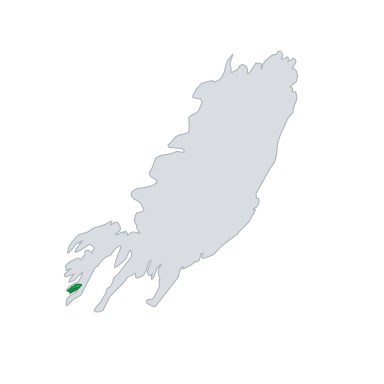 Tálknafjarðarhreppur, Vestfirðir, Iceland shown in context, rotated 310°
{"feature_id": "244011B74336956547693", "entity_name": "Tálknafjarðarhreppur", "entity_type": "district", "adm_level": 2, "iso_a3": "ISL", "parent_name": "Iceland", "parent_adm1": "Vestfirðir", "projection": "robinson", "projection_center": [-23.889, 65.645], "detail": "fine", "context": "in_parent", "style": "filled", "palette": "green", "viewbox_px": 384, "rotation_deg": 310, "n_neighbors": 0, "source": "geoboundaries", "source_scale": "gbopen_adm2", "svg_char_len": 6039}
<svg xmlns="http://www.w3.org/2000/svg" viewBox="0 0 384 384"><g transform="rotate(310 192 192)"><path d="M295.7,140.8L299.2,140.9L304.8,139.6L312.8,135.6L316.2,134.7L324.0,134.7L314.7,138.6L311.5,142.8L309.0,144.8L309.1,145.7L316.0,148.3L319.2,147.4L320.7,147.8L322.1,149.0L323.1,151.3L322.7,153.8L321.0,156.3L318.5,158.4L318.9,159.0L321.0,159.4L332.1,158.1L333.6,161.2L334.7,162.2L334.5,163.2L330.3,166.5L335.4,164.4L339.5,163.8L346.6,164.9L349.6,166.1L351.5,168.2L355.0,167.5L356.7,168.7L356.8,170.0L355.5,173.4L351.5,175.2L354.2,177.7L356.4,177.7L356.8,178.3L356.7,179.8L353.6,181.6L359.1,183.5L359.8,184.2L359.7,186.5L358.9,187.7L357.3,188.5L353.5,188.6L351.2,189.4L352.1,190.9L351.6,194.8L348.8,198.1L346.1,199.8L343.4,200.9L335.6,199.6L336.1,202.4L333.4,204.2L334.1,205.6L335.1,206.3L334.7,208.2L331.5,212.0L329.0,213.2L324.1,214.7L317.2,218.2L309.9,218.1L292.3,223.1L285.4,225.8L273.2,233.8L268.0,235.9L258.9,236.9L231.6,242.2L228.7,245.4L228.6,246.0L229.8,247.3L227.9,249.5L223.8,251.1L221.8,251.1L218.3,249.8L217.9,250.4L219.4,252.1L206.0,254.8L187.3,253.4L170.6,249.5L157.5,248.7L148.1,243.3L147.8,242.4L148.8,240.7L152.1,240.1L150.5,238.4L144.9,241.3L143.1,241.2L140.7,240.0L140.6,238.9L136.0,238.5L127.9,235.0L127.2,234.2L129.1,233.1L128.8,232.8L124.4,233.0L118.2,236.2L80.7,237.5L79.4,235.8L77.8,229.6L79.0,226.9L80.6,227.2L85.0,230.7L95.0,228.8L99.1,227.4L102.8,224.0L105.0,222.9L107.9,218.6L111.0,216.0L117.3,214.7L111.6,214.0L102.2,217.4L99.1,217.4L100.5,215.9L103.7,214.2L101.5,214.1L100.6,213.3L100.5,211.7L102.1,209.1L113.2,204.5L110.6,203.7L102.9,207.2L97.3,208.4L92.7,206.8L90.5,204.6L90.6,203.7L93.3,200.9L92.8,200.4L91.0,200.1L86.0,197.6L78.2,197.8L58.8,196.4L44.3,199.9L40.8,198.3L37.9,194.8L38.5,193.4L41.0,192.6L48.2,192.7L58.6,191.1L63.4,189.1L65.3,189.6L66.2,190.5L72.6,189.0L76.0,187.3L81.8,188.1L103.6,187.2L106.4,185.0L107.5,182.3L106.9,181.7L99.0,184.2L97.2,184.2L87.9,182.9L84.5,181.4L85.6,180.2L90.5,177.7L102.9,173.4L104.6,172.5L104.8,171.5L99.8,169.7L90.5,170.2L88.0,168.1L80.2,166.8L75.1,167.6L72.3,166.3L41.8,173.1L31.9,170.0L24.8,169.4L24.2,168.5L28.3,165.5L31.1,164.9L34.0,165.2L39.4,167.3L43.1,167.9L38.4,164.9L38.2,161.9L36.7,161.2L35.3,159.2L35.9,158.6L41.5,159.0L50.5,162.4L54.9,161.8L60.6,159.6L47.8,158.4L43.8,155.7L46.6,154.3L53.2,154.5L45.9,149.9L45.5,149.1L46.7,147.0L56.0,148.8L51.1,146.1L51.0,145.5L52.4,145.0L53.1,143.3L55.4,142.6L60.0,143.2L67.3,146.4L68.3,147.3L68.6,150.5L71.5,150.0L74.8,150.4L77.6,148.2L79.6,148.7L81.1,150.7L81.0,155.0L82.9,153.5L86.3,153.4L86.7,149.8L86.1,147.0L75.0,143.8L70.7,141.4L71.2,140.6L73.3,139.9L84.8,139.3L79.9,137.9L78.6,136.5L70.0,137.0L65.6,136.4L65.5,135.7L67.2,134.6L72.4,132.4L82.4,132.2L86.5,132.8L94.3,137.7L100.5,139.6L111.0,146.2L117.7,148.8L118.0,149.4L117.0,150.2L114.4,151.0L118.4,152.2L120.8,153.9L121.0,154.6L118.9,159.9L116.5,161.6L110.3,160.6L111.8,162.3L116.2,164.1L117.2,165.1L116.6,166.1L118.7,165.8L119.4,166.4L118.5,169.4L117.4,170.5L121.1,171.1L123.6,172.6L126.9,178.6L128.4,174.0L129.2,172.3L130.7,171.6L132.4,166.9L136.5,164.1L140.3,163.0L144.4,166.3L147.2,166.7L150.1,160.8L150.3,156.5L149.3,151.8L149.7,148.5L151.6,146.4L154.2,145.8L159.7,147.8L164.5,152.5L171.6,157.6L176.5,158.9L177.3,158.7L178.1,157.1L177.2,150.4L179.3,146.8L185.0,145.9L193.5,142.6L195.4,142.5L199.8,144.4L207.7,151.2L213.3,154.3L216.4,159.3L217.7,160.2L218.8,158.7L218.8,156.4L211.7,146.1L211.6,144.7L212.2,143.6L224.1,144.1L226.8,145.3L235.3,151.2L239.2,148.8L246.9,141.8L249.6,142.0L256.6,144.8L259.3,144.6L267.2,142.0L268.7,138.8L264.9,132.2L266.2,130.8L273.5,129.2L281.5,129.5L290.2,135.6L290.7,138.5L295.7,140.8Z" fill="#d9dde1" stroke="#a8b0b8" stroke-width="1"/><path d="M36.3,163.6L36.6,163.7L36.6,163.8L36.8,163.9L36.8,164.0L37.0,164.0L37.3,164.1L37.6,164.1L37.8,164.2L38.4,164.3L38.5,164.3L38.9,164.4L39.0,164.5L39.3,164.6L39.7,164.7L40.1,164.8L40.3,164.8L40.6,164.9L40.7,165.0L40.9,165.1L41.0,165.1L41.3,165.2L41.7,165.3L41.9,165.5L42.0,165.6L43.3,166.3L44.1,166.7L44.8,166.8L45.6,166.8L45.8,166.9L46.0,166.9L46.4,167.0L46.8,167.0L47.0,166.9L47.3,166.9L48.0,167.0L48.4,167.0L48.7,167.1L49.3,167.1L49.6,167.1L49.9,167.2L49.9,167.3L49.9,167.2L49.8,166.8L49.7,166.7L49.6,166.4L49.5,166.2L49.4,166.0L49.3,165.9L49.2,165.8L49.2,165.7L48.9,165.4L48.8,165.2L48.7,165.1L48.4,164.8L48.3,164.6L48.3,164.3L48.2,164.2L47.8,163.9L47.7,163.8L47.5,163.7L47.3,163.5L47.2,163.5L47.1,163.4L46.9,163.4L46.8,163.2L46.7,163.2L46.7,162.9L46.4,162.7L46.1,162.6L45.9,162.5L45.6,162.4L45.4,162.4L45.2,162.4L45.0,162.0L44.9,162.0L44.7,162.0L44.4,162.0L44.1,162.0L43.7,162.1L43.4,162.0L42.8,161.5L42.7,161.4L42.3,161.2L42.1,161.2L41.9,161.1L41.7,161.0L41.6,160.9L41.3,160.9L41.1,161.0L40.9,161.2L40.8,161.3L40.5,161.3L40.3,161.3L40.0,161.2L39.9,161.2L39.6,161.0L39.4,160.9L39.2,160.7L38.9,160.5L38.5,160.4L38.4,160.4L38.1,160.4L37.8,160.3L37.6,160.3L37.4,160.2L36.9,160.4L36.7,160.5L36.4,160.6L36.2,160.7L36.3,160.7L36.3,160.8L36.4,161.0L36.5,161.0L36.6,161.3L36.7,161.5L36.8,161.5L37.0,161.7L37.0,161.8L37.3,161.9L37.3,162.0L37.5,162.0L37.8,162.2L37.8,162.3L38.0,162.3L38.3,162.4L38.4,162.5L38.6,162.6L38.8,162.6L39.0,162.7L39.3,162.7L39.5,162.7L39.7,162.8L39.8,162.8L40.0,162.8L40.3,163.0L40.5,163.0L40.8,163.2L41.0,163.2L41.3,163.2L41.4,163.3L41.5,163.3L41.8,163.6L42.0,163.7L42.2,163.8L42.3,163.8L42.5,163.9L42.7,164.0L42.9,164.1L43.0,164.1L43.1,164.3L43.2,164.5L43.3,164.7L43.4,164.4L43.5,164.4L43.6,164.5L43.9,164.5L44.0,164.5L44.3,164.5L44.5,164.6L44.6,164.8L44.8,164.9L44.7,164.9L44.7,165.0L44.8,165.0L45.0,165.1L45.2,165.3L45.4,165.3L45.5,165.4L45.5,165.5L45.4,165.7L45.1,165.6L44.9,165.5L44.7,165.4L44.4,165.2L44.2,165.1L44.0,164.9L43.9,164.9L43.7,164.9L43.3,164.8L43.1,164.8L42.9,164.8L42.8,164.7L42.7,164.7L42.4,164.6L42.2,164.5L41.9,164.5L41.7,164.4L41.4,164.3L41.3,164.2L41.2,164.2L40.9,164.1L40.9,163.9L40.6,163.9L40.3,163.9L40.2,163.8L39.8,163.8L39.6,163.8L39.4,163.8L39.2,163.8L38.9,163.8L38.7,163.7L38.3,163.7L37.8,163.7L37.5,163.7L37.3,163.6L37.2,163.6L36.7,163.5L36.4,163.5L36.3,163.6Z" fill="#22c55e" stroke="#15803d" stroke-width="1.5"/></g></svg>